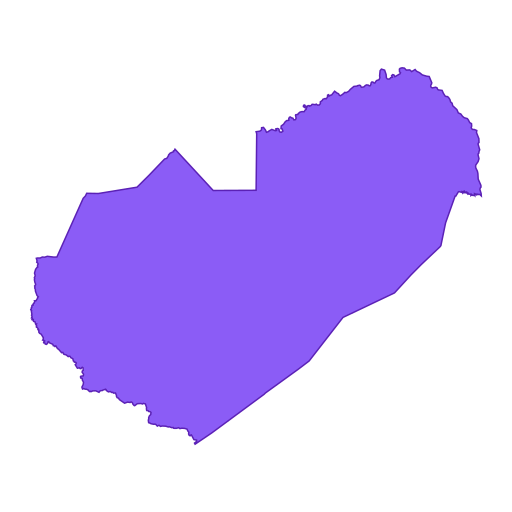 Rufunsa, Lusaka, Zambia (Robinson projection)
{"feature_id": "96606910B83885559265483", "entity_name": "Rufunsa", "entity_type": "district", "adm_level": 2, "iso_a3": "ZMB", "parent_name": "Zambia", "parent_adm1": "Lusaka", "projection": "robinson", "projection_center": [29.511, -15.164], "detail": "fine", "context": "isolated", "style": "filled", "palette": "violet", "viewbox_px": 512, "rotation_deg": 0, "n_neighbors": 0, "source": "geoboundaries", "source_scale": "gbopen_adm2", "svg_char_len": 5888}
<svg xmlns="http://www.w3.org/2000/svg" viewBox="0 0 512 512"><path d="M36.3,258.3L37.1,261.0L36.7,262.2L37.8,263.2L38.1,264.0L37.5,265.3L37.7,267.1L37.1,267.3L35.6,269.3L34.5,273.1L35.1,275.2L35.1,276.1L34.3,277.8L34.7,278.5L34.4,279.7L34.8,282.0L35.6,284.2L35.5,284.9L34.6,286.0L35.0,287.0L34.7,287.9L35.4,289.6L35.4,291.0L37.0,295.5L38.3,296.8L37.6,297.5L37.7,298.0L36.0,300.7L34.6,300.8L34.9,301.3L34.2,302.4L34.3,302.9L33.3,303.7L33.1,305.1L32.4,305.0L31.8,305.9L31.9,307.1L31.3,307.8L31.4,308.7L30.7,309.5L30.8,309.9L31.6,310.5L31.4,311.4L31.9,314.3L31.5,315.2L32.1,316.3L31.5,317.9L32.2,318.0L32.4,318.7L31.9,319.5L32.1,319.8L33.3,319.6L33.2,320.5L33.6,321.4L35.0,321.8L35.6,324.1L36.4,324.0L36.2,324.4L36.6,325.3L36.3,325.6L36.5,327.2L37.0,327.2L38.5,329.3L38.0,329.6L38.9,330.8L38.8,332.1L39.6,333.3L41.2,334.2L43.3,337.7L43.2,339.3L42.7,340.1L43.6,340.3L43.9,341.2L44.3,340.7L44.7,341.0L43.6,342.5L43.7,342.8L44.6,342.7L45.2,344.0L46.3,344.4L47.4,343.6L48.0,341.8L48.7,341.6L49.4,342.8L52.8,344.3L53.3,345.7L54.4,345.9L54.9,346.5L55.8,345.9L57.5,348.6L58.6,349.3L61.6,352.7L62.8,352.4L63.9,354.3L66.2,354.9L68.2,356.6L69.0,356.2L70.1,356.4L70.7,357.6L72.8,358.7L73.4,361.0L74.1,361.4L74.4,362.2L75.6,362.2L76.3,363.0L76.1,363.8L75.2,364.7L77.4,368.2L79.4,367.8L80.0,368.5L80.9,368.7L81.8,367.5L82.4,367.3L83.1,367.9L83.2,370.4L82.3,371.0L82.1,372.2L83.5,374.1L83.5,375.0L83.2,375.9L80.9,376.2L80.5,376.7L80.7,378.0L82.0,378.3L82.3,378.8L82.3,380.0L83.5,382.2L83.2,384.5L81.9,387.1L82.4,388.8L82.7,389.1L83.6,388.5L85.2,389.2L86.5,389.2L88.3,390.1L88.5,390.6L89.7,391.6L90.5,391.3L91.0,391.7L92.7,390.9L95.7,390.8L99.0,392.3L100.0,391.0L100.8,390.6L102.2,390.6L102.9,390.1L105.6,389.2L106.1,389.6L106.2,390.4L108.4,391.9L110.2,391.5L111.8,392.5L112.8,392.3L113.5,393.1L115.5,393.0L116.5,395.6L116.5,396.5L117.2,397.7L118.4,398.1L119.5,399.7L124.6,403.2L127.6,402.1L130.1,402.5L130.3,402.2L131.4,402.0L132.4,402.7L132.8,404.0L134.1,405.5L134.7,405.7L137.3,403.7L140.9,403.5L142.5,404.0L143.4,403.4L145.4,403.9L146.6,407.6L146.4,408.8L146.7,410.5L148.2,410.7L148.7,411.5L150.2,411.7L151.0,412.4L150.7,414.6L149.5,415.7L148.7,417.5L148.7,418.8L148.3,420.2L148.6,422.5L149.0,422.9L149.4,422.8L150.7,423.6L151.8,423.9L154.0,424.3L155.0,424.1L155.9,424.5L157.3,426.1L158.6,425.4L159.3,425.4L160.4,426.4L162.3,426.0L165.8,426.2L168.3,427.0L169.1,426.7L171.9,427.7L173.2,427.5L173.6,428.2L174.3,428.3L176.5,428.3L178.6,427.7L179.9,428.6L181.8,428.2L184.7,428.4L187.0,429.1L187.9,431.1L188.8,432.2L188.6,434.0L189.1,435.2L190.1,435.8L190.9,435.0L191.4,434.9L193.9,439.6L196.6,440.1L196.6,441.4L194.5,443.1L195.1,444.2L211.8,432.9L264.1,394.3L265.4,393.0L298.3,369.2L309.1,361.0L343.0,317.4L394.5,292.9L411.1,274.8L421.2,264.6L440.1,246.7L440.9,245.6L445.6,222.8L455.1,196.1L455.8,196.1L458.4,191.8L459.0,191.6L461.5,192.3L461.9,191.5L462.5,191.9L462.3,192.3L462.8,193.2L463.4,192.4L464.2,192.6L463.6,191.4L464.3,191.1L464.6,191.9L466.3,192.8L466.4,192.0L467.0,192.2L467.4,193.5L467.5,193.7L467.9,193.0L468.2,193.1L468.8,194.2L470.9,194.1L470.9,195.4L471.7,194.7L472.1,195.3L472.7,195.1L473.2,195.5L474.1,195.0L474.7,195.6L474.5,193.6L475.3,193.9L476.2,194.9L477.0,194.0L477.9,194.7L478.8,194.3L479.8,194.5L481.3,195.9L481.1,193.4L479.9,189.5L480.2,188.1L481.0,187.1L480.9,185.3L478.2,179.1L477.9,173.5L477.4,171.2L475.8,167.9L475.6,166.2L475.8,165.0L478.1,161.6L479.0,158.7L478.1,155.0L478.1,154.0L478.8,153.2L479.0,151.5L479.7,149.8L478.1,144.2L478.2,143.3L479.0,142.5L478.9,138.7L476.5,132.6L476.8,130.5L474.3,129.5L472.7,129.5L471.7,128.7L471.2,127.6L471.7,126.1L471.5,123.6L469.7,122.6L468.4,120.0L467.3,118.6L464.2,117.7L462.5,116.3L460.8,114.0L458.3,112.9L456.9,109.6L452.7,105.7L452.1,103.2L450.6,101.9L449.9,99.5L448.7,97.7L447.6,96.6L445.8,96.4L445.1,96.0L443.4,93.3L442.1,90.4L438.4,89.9L437.7,89.4L437.1,87.9L435.7,87.2L432.3,87.9L431.2,87.3L430.7,86.3L430.8,85.2L431.5,84.1L431.8,82.8L429.2,76.5L426.7,76.2L422.3,74.9L419.6,72.7L416.5,71.2L415.1,69.5L411.7,71.6L409.8,69.9L406.3,70.1L404.4,68.1L402.1,67.8L400.2,68.3L399.4,69.1L399.5,71.8L400.5,72.7L400.0,73.8L394.9,76.7L393.9,74.9L392.7,74.6L391.6,75.6L392.3,77.3L390.7,77.6L389.7,78.9L388.1,79.1L387.3,78.9L386.4,77.8L386.1,74.5L384.6,70.1L381.4,69.1L380.1,70.7L379.6,75.9L379.9,77.6L379.1,79.7L376.7,80.5L375.8,81.4L374.9,83.0L374.1,83.0L372.8,82.0L371.8,82.0L371.1,82.9L370.8,84.7L370.1,85.8L369.2,85.8L368.3,85.1L366.5,84.9L365.3,85.5L363.9,86.9L361.7,87.3L361.1,87.0L360.5,85.6L359.6,85.2L357.4,85.7L357.0,86.1L353.9,86.4L350.3,89.4L348.6,91.4L346.1,92.7L344.9,92.3L342.5,94.4L340.5,95.7L339.4,95.3L338.5,93.7L337.1,93.1L334.6,91.2L331.6,95.0L330.8,95.1L329.0,96.1L328.6,94.7L327.6,95.1L327.4,97.3L326.0,98.9L325.1,98.5L322.9,99.3L322.3,100.4L320.3,101.9L320.4,103.6L319.2,105.0L317.5,105.1L316.2,104.1L315.3,104.7L312.7,104.3L312.0,104.4L311.3,105.4L309.5,106.1L309.1,105.6L307.9,105.7L307.0,107.0L306.0,106.1L305.3,106.2L304.7,105.0L304.0,105.0L303.4,105.9L303.4,106.6L305.3,107.9L306.4,108.0L306.2,109.3L305.2,110.0L304.1,111.7L301.9,111.6L300.0,112.1L298.2,113.6L297.8,114.5L295.8,114.7L295.5,115.2L296.1,118.1L295.5,119.6L293.9,119.9L292.8,118.1L291.6,117.9L290.4,117.0L289.5,117.2L288.8,118.4L288.8,120.3L286.6,120.6L285.1,121.9L283.6,124.2L281.2,126.0L281.0,128.6L282.0,128.8L282.9,131.1L281.4,132.3L280.1,132.1L279.2,130.9L279.0,129.3L278.3,128.7L277.4,128.5L275.8,128.9L276.0,129.8L276.5,130.3L276.2,130.6L275.2,130.7L271.8,129.4L268.5,131.3L268.2,131.7L266.5,132.3L265.4,129.9L263.5,127.4L261.6,127.7L261.5,129.6L261.1,130.3L259.7,131.2L256.1,131.7L256.7,133.8L256.1,190.3L213.2,190.5L175.0,149.2L174.4,150.5L173.5,150.9L173.5,151.7L170.2,153.1L168.6,154.9L168.2,156.2L166.7,158.4L164.6,159.0L149.0,175.3L137.0,187.2L98.4,193.5L86.7,193.3L85.4,196.0L83.2,198.3L56.9,257.0L53.9,257.1L47.3,256.3L44.7,257.2L42.3,257.0L40.2,258.0L37.4,258.0L36.3,258.3Z" fill="#8b5cf6" stroke="#5b21b6" stroke-width="1.5"/></svg>